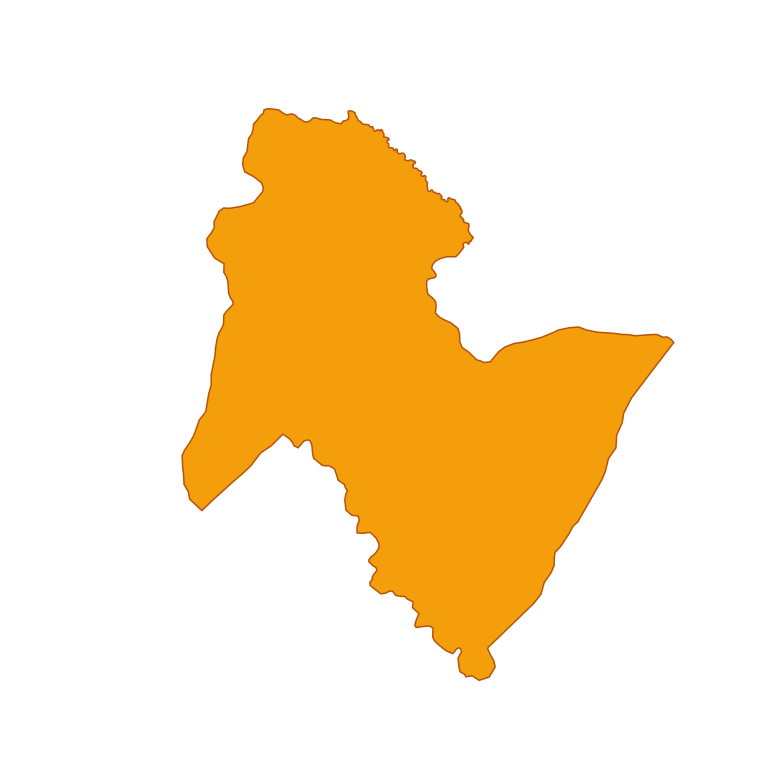 outline of Migues, Canelones, Uruguay, rotated 308°
{"feature_id": "84410073B2992667902544", "entity_name": "Migues", "entity_type": "district", "adm_level": 2, "iso_a3": "URY", "parent_name": "Uruguay", "parent_adm1": "Canelones", "projection": "mercator", "projection_center": [-55.568, -34.48], "detail": "fine", "context": "isolated", "style": "filled", "palette": "amber", "viewbox_px": 768, "rotation_deg": 308, "n_neighbors": 0, "source": "geoboundaries", "source_scale": "gbopen_adm2", "svg_char_len": 6159}
<svg xmlns="http://www.w3.org/2000/svg" viewBox="0 0 768 768"><g transform="rotate(308 384 384)"><path d="M595.1,586.8L595.9,582.6L595.4,578.1L592.6,575.1L591.4,569.6L589.5,566.5L576.7,552.3L573.7,546.7L569.2,540.5L565.5,534.0L556.2,520.3L551.2,510.3L548.7,502.3L542.7,495.6L533.7,488.0L530.4,486.6L517.8,479.4L510.3,473.9L502.5,467.7L496.2,461.7L487.7,456.6L480.4,454.5L467.0,454.1L462.4,449.4L461.8,446.3L460.1,442.3L461.3,430.5L460.8,423.0L464.2,417.5L470.1,412.6L473.3,408.2L473.4,399.2L471.8,392.6L470.8,386.9L471.5,380.9L477.2,377.3L480.7,373.9L481.7,369.1L481.8,363.3L486.4,358.2L491.3,354.3L494.1,354.5L499.7,358.8L502.0,358.0L503.2,355.4L504.3,350.5L507.5,348.9L512.1,348.8L517.2,350.9L522.8,355.0L528.5,362.2L532.9,362.8L540.7,362.7L542.1,361.2L542.3,360.7L542.9,360.3L543.8,360.2L546.3,361.2L546.4,362.2L546.1,363.1L546.1,364.2L546.5,364.6L547.6,364.2L548.3,364.3L548.5,363.5L548.8,363.4L549.2,363.7L549.3,364.1L550.0,364.5L550.6,364.6L552.0,364.3L553.1,363.9L553.7,364.3L554.2,364.2L554.5,363.8L554.9,360.0L557.0,355.6L557.3,355.5L557.7,355.1L559.1,354.7L559.8,354.0L561.0,353.8L561.7,353.0L561.9,352.5L562.4,352.2L562.4,351.9L562.0,351.1L561.7,349.5L560.8,348.3L561.0,347.7L560.8,347.1L561.9,346.2L562.0,345.4L562.4,345.5L562.7,345.2L562.6,344.4L563.2,342.4L562.9,341.3L563.3,340.6L564.1,339.9L565.8,340.2L567.5,339.7L568.0,339.2L568.0,338.8L569.0,338.0L568.9,337.3L569.5,336.8L569.4,336.2L569.7,335.8L570.5,335.1L570.6,333.8L571.5,331.8L571.4,329.8L571.2,329.4L571.7,328.8L571.6,328.0L572.2,327.5L572.7,326.7L572.4,325.7L571.2,323.3L571.1,321.2L570.6,320.5L570.1,320.2L569.7,320.5L568.9,320.3L568.3,320.7L567.9,321.5L566.9,321.7L566.5,321.5L566.0,320.5L565.8,319.8L566.2,319.2L566.6,318.2L566.5,317.7L566.0,317.6L565.4,317.1L565.2,316.2L565.3,314.9L565.5,314.7L565.9,314.9L566.7,314.7L567.4,314.1L568.1,310.9L568.1,310.2L568.0,309.9L567.0,309.3L566.6,308.8L566.5,308.0L566.8,306.8L566.6,306.4L565.8,305.8L565.7,305.4L565.8,304.1L566.5,303.1L566.4,302.1L565.7,301.6L564.6,301.8L563.9,301.4L563.4,301.0L563.2,300.3L563.4,299.2L564.9,298.1L566.4,295.9L568.3,295.1L569.4,294.3L569.6,293.8L569.6,293.3L570.0,292.5L570.0,291.6L570.1,291.4L571.1,290.5L572.7,289.7L573.4,289.1L573.2,287.5L572.8,287.2L572.0,287.2L571.7,286.9L571.4,286.4L571.3,285.6L571.0,285.0L571.5,284.5L572.3,284.0L573.3,284.2L573.8,284.0L574.0,283.8L574.5,282.2L574.5,281.9L573.7,280.4L573.5,279.7L574.0,278.5L573.9,277.0L573.8,276.6L572.8,275.3L572.5,274.4L572.7,273.5L573.2,273.3L574.4,272.0L575.9,272.2L576.7,272.5L577.7,272.5L578.1,272.2L578.5,271.3L578.3,270.8L578.0,270.8L577.6,270.0L577.8,269.3L577.3,267.3L576.2,266.3L575.7,266.2L574.9,265.7L574.3,264.8L573.6,262.6L574.5,261.3L575.6,261.3L576.2,260.9L577.5,259.1L577.8,257.9L577.6,256.9L577.3,256.3L576.8,255.8L575.2,254.8L574.5,253.2L574.7,252.1L575.1,251.3L576.2,250.9L576.6,250.5L576.8,250.2L576.9,249.3L576.8,249.1L576.0,248.7L574.7,248.8L574.2,248.2L574.1,247.8L574.9,247.1L575.2,246.0L575.1,244.9L573.7,242.9L573.6,241.8L574.3,241.1L575.6,240.4L576.1,239.7L576.3,237.9L576.8,237.1L578.2,236.6L578.8,237.5L579.1,237.6L579.7,237.5L580.4,236.9L580.2,236.2L580.3,235.6L579.4,233.2L578.7,231.9L578.7,231.5L580.8,230.3L581.1,228.8L581.7,228.1L581.8,227.5L582.6,227.2L582.6,226.2L582.9,225.9L582.9,225.5L582.5,225.0L581.9,224.9L581.4,225.1L580.7,224.7L580.7,224.2L581.1,223.9L580.6,222.6L580.1,222.1L578.9,222.2L577.4,220.6L577.9,219.4L578.8,218.4L579.7,216.8L578.2,214.8L578.7,212.1L575.7,207.2L576.3,203.6L575.8,201.6L577.0,199.6L578.9,194.7L579.9,194.3L579.4,190.7L578.2,188.9L577.0,187.9L576.4,188.1L576.3,188.5L575.0,189.4L573.6,191.2L571.6,192.4L570.5,192.5L568.5,191.9L567.1,191.1L566.8,190.5L565.8,189.9L562.9,190.1L560.8,186.9L559.4,182.7L559.1,179.4L557.4,176.6L554.6,172.9L551.6,166.3L550.4,164.5L547.7,163.9L545.6,163.6L543.0,162.1L541.5,159.2L541.2,155.0L540.6,152.3L541.2,149.3L540.6,146.0L539.1,144.0L536.4,142.2L535.5,139.2L535.2,136.2L535.2,132.3L531.6,126.1L530.3,124.2L529.8,123.9L529.0,122.5L526.0,120.7L523.1,122.3L519.2,121.4L514.1,121.6L508.5,121.2L504.5,123.7L499.8,125.9L494.1,126.1L482.8,132.9L476.1,133.8L470.0,137.3L465.4,143.7L467.2,153.6L467.2,163.1L464.9,167.5L461.2,169.9L446.4,169.6L435.7,161.8L427.4,154.2L424.0,149.3L419.0,147.7L407.3,150.1L402.7,154.0L397.6,154.8L389.5,155.0L383.4,160.2L379.0,172.9L379.5,178.1L380.3,183.9L373.2,189.2L371.7,193.6L368.2,198.3L360.1,205.5L357.3,209.8L355.8,214.7L353.5,215.9L343.2,215.1L339.6,215.4L332.8,220.4L328.0,221.9L322.9,222.5L317.2,224.5L309.0,228.9L301.7,233.7L284.7,242.2L277.0,248.4L268.4,251.9L252.4,260.6L241.8,260.6L233.3,263.6L225.7,265.9L218.1,267.0L208.8,267.6L203.1,269.1L194.3,276.8L188.5,282.5L181.9,288.1L178.6,296.1L173.6,301.7L172.1,318.4L189.2,320.9L213.3,325.1L226.0,327.6L237.2,329.4L253.7,329.2L266.1,333.2L282.2,335.2L282.7,342.9L281.7,347.7L280.0,351.4L280.9,355.6L286.3,355.9L289.7,355.9L293.1,358.4L293.7,360.8L291.3,364.9L285.4,370.4L282.2,374.1L281.9,385.4L283.5,388.3L285.6,390.7L286.7,397.0L282.3,404.0L280.0,406.9L280.4,414.7L278.3,417.8L277.4,421.0L273.9,421.6L268.6,424.4L261.2,431.6L260.8,439.4L263.9,444.9L261.8,448.2L256.2,450.0L252.1,452.7L250.1,454.5L253.2,459.0L258.6,464.6L257.7,472.8L254.8,478.6L251.6,480.8L247.5,481.4L244.0,481.3L240.1,480.3L236.2,480.3L234.6,481.5L234.0,487.3L234.4,490.6L233.2,492.8L230.5,493.3L228.2,493.1L225.3,493.4L222.6,495.1L219.2,494.9L216.6,497.2L216.7,510.7L220.3,514.2L224.2,515.8L226.0,518.3L224.6,523.3L227.4,528.7L229.3,530.9L228.9,534.8L230.3,541.0L228.1,542.6L225.3,544.1L224.6,552.8L217.7,554.8L212.9,556.8L211.9,559.2L220.1,567.2L221.7,570.0L221.6,573.2L218.7,575.1L214.4,578.4L212.5,582.5L212.1,589.0L212.0,597.0L213.8,604.1L216.9,604.4L220.4,604.3L222.5,605.8L222.2,608.1L220.4,610.1L217.1,610.4L213.5,611.2L206.8,617.6L204.0,621.2L204.9,626.4L203.6,628.7L208.3,633.0L209.0,641.3L217.7,647.3L229.5,645.8L233.6,640.7L236.6,633.5L239.4,628.4L241.5,628.4L303.5,637.1L315.0,637.1L326.2,632.5L338.1,631.8L345.7,629.8L350.9,625.9L356.3,622.5L364.9,623.2L378.9,622.1L388.7,620.5L394.7,621.6L442.8,614.6L451.3,612.3L463.7,606.7L476.5,606.1L487.0,598.8L500.3,595.5L508.4,590.9L525.5,587.6L551.1,587.2L595.1,586.8Z" fill="#f59e0b" stroke="#b45309" stroke-width="1.5"/></g></svg>